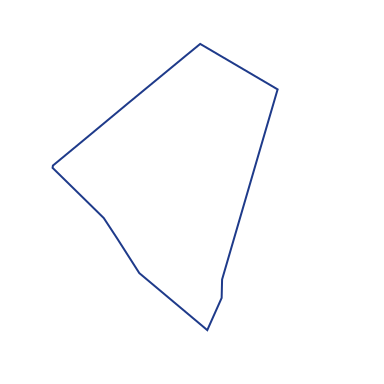 outline of Lebanon, Pennsylvania, United States of America, rotated 67°
{"feature_id": "52423323B26378856844505", "entity_name": "Lebanon", "entity_type": "district", "adm_level": 2, "iso_a3": "USA", "parent_name": "United States of America", "parent_adm1": "Pennsylvania", "projection": "mercator", "projection_center": [-76.461, 40.376], "detail": "fine", "context": "isolated", "style": "outline", "palette": "blue", "viewbox_px": 384, "rotation_deg": 67, "n_neighbors": 0, "source": "geoboundaries", "source_scale": "gbopen_adm2", "svg_char_len": 340}
<svg xmlns="http://www.w3.org/2000/svg" viewBox="0 0 384 384"><g transform="rotate(67 192 192)"><path d="M131.0,73.1L58.9,126.6L64.1,144.4L85.4,216.4L102.3,272.7L113.3,309.7L115.3,310.9L181.5,283.4L206.3,278.9L246.1,272.2L325.1,231.9L301.1,206.1L284.3,198.5L179.1,112.5L131.0,73.1Z" fill="none" stroke="#1e3a8a" stroke-width="2"/></g></svg>